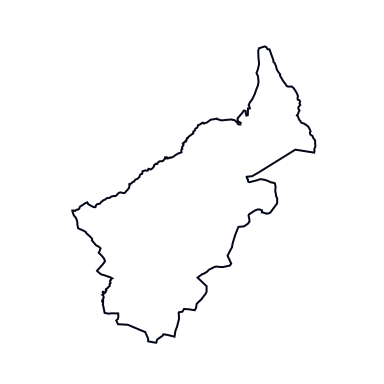 Sumaila, Kano, Nigeria (Mercator projection), rotated 188°
{"feature_id": "59680162B87731060313783", "entity_name": "Sumaila", "entity_type": "district", "adm_level": 2, "iso_a3": "NGA", "parent_name": "Nigeria", "parent_adm1": "Kano", "projection": "mercator", "projection_center": [8.898, 11.256], "detail": "fine", "context": "isolated", "style": "outline", "palette": "ink", "viewbox_px": 384, "rotation_deg": 188, "n_neighbors": 0, "source": "geoboundaries", "source_scale": "gbopen_adm2", "svg_char_len": 6000}
<svg xmlns="http://www.w3.org/2000/svg" viewBox="0 0 384 384"><g transform="rotate(188 192 192)"><path d="M261.7,60.1L257.4,59.9L255.2,60.6L248.2,61.5L247.6,58.5L247.6,56.1L249.1,54.2L246.9,50.8L245.3,50.9L237.1,51.6L222.9,47.8L218.8,46.8L214.9,40.4L214.9,39.5L214.6,38.0L207.7,37.7L206.4,37.8L206.0,41.0L200.9,45.8L200.8,46.9L200.4,47.1L197.0,47.1L189.2,46.3L189.1,52.2L188.1,56.3L187.2,64.6L188.4,70.8L188.3,71.0L184.8,72.2L183.6,75.1L178.8,75.4L172.8,75.3L171.8,78.0L171.9,79.8L171.7,82.1L167.8,87.0L164.2,93.5L163.7,95.2L164.4,100.7L174.6,108.0L170.8,111.8L169.3,112.6L167.8,113.6L165.9,115.3L164.2,117.6L161.7,119.2L159.5,120.8L157.5,121.6L154.7,121.6L151.1,121.9L144.3,124.4L143.2,126.6L147.9,133.8L146.3,138.7L145.2,141.6L144.7,143.0L144.7,145.5L144.4,148.2L143.2,155.6L141.2,163.9L135.7,165.2L132.2,168.4L131.5,169.7L131.0,170.4L131.2,171.1L131.3,172.8L132.7,176.4L132.5,177.7L130.8,179.3L129.8,180.0L129.1,180.8L128.3,181.4L126.6,182.8L125.5,183.3L124.7,183.8L123.2,184.1L122.5,184.1L121.2,183.7L120.3,183.7L120.0,182.3L120.0,181.6L118.5,181.6L117.0,181.2L116.7,181.2L116.0,181.0L115.5,180.9L115.4,181.1L114.5,181.1L113.1,181.5L111.5,182.6L106.1,192.6L106.8,197.7L107.9,199.2L108.6,201.0L108.7,202.1L109.5,203.6L109.9,207.0L109.9,208.5L110.4,210.2L111.2,212.2L113.1,212.5L115.5,212.6L117.5,213.3L121.1,214.1L124.8,214.3L127.0,213.9L129.3,212.6L136.3,209.8L137.4,209.9L138.1,210.6L138.3,212.2L139.4,213.1L139.8,214.0L139.9,214.7L134.7,216.0L128.5,220.8L95.6,248.3L76.5,248.0L76.4,249.7L76.9,251.1L76.4,253.1L76.2,254.9L76.8,257.1L77.0,258.7L77.4,260.4L79.3,262.2L80.5,264.3L82.6,265.2L83.3,266.2L83.5,267.4L83.0,268.5L84.3,270.7L86.0,272.9L87.9,274.1L90.5,275.3L93.5,275.9L94.7,277.5L95.9,278.5L96.8,280.0L97.6,281.7L98.8,282.4L97.9,284.0L97.4,286.6L96.9,287.7L98.3,289.3L98.4,290.8L96.9,293.3L97.9,294.6L97.6,295.6L97.6,296.9L98.7,298.0L99.8,298.0L100.4,298.6L100.5,300.0L100.4,301.6L101.1,303.0L102.5,305.2L105.7,308.9L107.8,310.3L110.2,309.9L111.7,309.8L112.9,310.1L114.7,312.2L116.9,314.3L121.0,319.4L121.0,320.7L123.0,322.6L125.1,325.2L126.4,328.4L128.1,331.2L129.5,332.2L129.8,334.0L131.6,337.3L135.1,344.0L137.1,343.9L138.3,345.6L140.2,346.3L145.6,343.7L146.1,341.1L145.4,337.2L144.8,333.6L144.6,333.2L143.4,328.2L143.8,322.7L144.7,318.7L142.8,315.9L141.4,310.2L141.6,306.5L142.6,302.4L143.5,297.7L145.5,291.5L147.1,288.9L148.0,286.0L147.1,284.7L146.4,282.8L148.2,282.5L147.7,278.7L147.5,276.1L147.5,275.7L148.8,275.3L149.9,278.0L150.2,279.7L151.3,279.9L152.1,279.8L153.1,277.5L157.1,271.3L156.6,268.8L155.6,268.1L153.4,267.3L153.5,265.6L155.1,265.4L156.0,265.8L156.3,266.1L156.8,266.9L157.7,267.8L158.5,268.0L159.1,268.5L159.4,268.9L160.0,269.1L160.8,269.1L161.7,269.0L162.6,269.4L168.4,268.1L172.6,267.0L177.5,267.7L177.6,268.1L183.7,266.1L185.5,264.2L187.3,262.6L188.7,262.1L189.6,261.5L190.2,261.4L190.5,261.6L190.7,262.1L191.3,262.1L192.0,261.6L192.6,260.8L193.0,260.4L194.2,259.5L195.3,259.1L195.4,258.0L195.6,257.0L196.0,256.3L197.0,255.6L197.7,254.6L197.7,253.5L198.4,252.4L199.0,252.2L199.2,251.1L198.9,250.3L199.5,249.5L200.8,248.7L201.1,248.2L201.3,248.1L201.7,247.6L202.3,246.9L203.1,246.3L203.3,245.4L203.5,245.0L203.7,244.9L204.0,244.9L204.3,244.8L204.3,244.2L204.7,243.3L204.6,242.8L204.7,242.5L205.2,242.3L205.5,241.8L205.5,241.7L205.2,241.5L205.4,241.3L205.4,241.0L205.5,241.0L205.8,240.9L206.0,240.8L207.8,238.9L207.7,238.8L207.4,238.8L207.0,238.5L207.0,238.3L207.1,238.1L207.4,237.8L207.1,237.3L207.1,236.9L207.1,236.7L207.3,236.5L207.7,235.9L208.2,234.6L208.0,234.1L207.7,233.8L207.6,233.4L208.1,233.0L208.4,232.4L208.4,231.6L207.9,229.9L209.2,229.2L210.0,228.6L210.7,228.5L213.9,225.9L215.1,224.5L216.6,223.7L217.6,222.9L218.3,223.2L219.0,223.0L219.7,222.2L220.5,221.9L221.6,221.7L221.8,222.1L221.6,222.7L222.4,222.9L223.1,222.8L223.5,222.6L223.5,222.0L223.3,221.8L223.3,221.3L223.7,221.0L224.1,220.2L224.5,219.6L225.0,218.8L225.8,218.3L226.7,218.3L227.6,218.0L228.5,217.8L230.2,216.1L230.2,215.1L230.5,214.9L231.1,214.7L231.9,214.8L233.4,213.1L233.2,212.3L233.6,211.3L234.1,210.5L235.4,209.0L236.4,208.5L237.1,208.6L237.5,208.9L238.1,209.0L238.4,208.8L238.7,207.4L238.9,207.0L239.7,206.8L241.1,207.0L243.0,206.0L243.9,205.7L243.8,204.8L243.9,203.0L244.3,202.8L244.9,202.8L245.9,201.6L246.1,199.6L247.2,198.4L247.7,197.5L248.6,197.1L249.8,196.4L250.4,195.3L250.7,194.3L251.7,194.0L252.6,193.1L253.1,192.1L254.2,191.6L255.2,191.0L254.6,190.1L255.0,188.9L254.8,187.4L256.1,185.3L258.6,181.6L259.6,181.4L261.1,181.5L262.5,181.7L263.9,181.2L265.1,180.1L265.9,178.7L267.2,177.3L268.6,177.2L270.2,176.7L271.4,176.1L272.5,174.9L275.7,173.9L277.1,172.3L278.6,171.6L279.2,170.7L280.4,169.7L281.7,167.5L283.9,166.9L284.9,166.0L285.4,164.8L285.4,163.8L286.3,163.3L288.0,163.6L289.6,164.1L291.5,164.9L293.1,165.5L293.7,166.5L294.3,167.2L296.7,165.6L298.8,163.6L300.5,162.3L301.1,161.4L301.3,160.0L301.9,159.0L303.3,158.6L304.6,157.8L304.9,157.1L306.0,157.0L307.1,157.2L307.5,156.5L307.8,156.6L307.6,155.8L305.8,152.5L303.1,149.9L301.6,146.9L300.9,143.5L299.7,140.2L294.4,138.7L291.6,137.6L290.8,136.4L286.3,133.4L284.3,131.6L284.4,130.2L279.6,125.9L276.6,124.8L274.7,123.5L275.3,120.7L275.9,118.8L272.8,116.6L269.9,113.9L268.5,111.5L270.0,108.4L275.1,100.8L274.2,100.0L270.6,97.8L267.5,97.4L260.8,96.1L259.1,95.4L259.4,95.2L259.9,95.0L260.1,94.6L260.1,94.4L259.8,94.0L259.8,93.8L260.3,93.4L260.7,92.8L260.8,92.1L260.5,91.6L260.2,91.2L260.0,90.8L260.0,90.4L260.2,90.1L260.4,90.0L260.8,89.5L260.8,89.2L260.6,88.9L260.4,87.5L260.8,87.0L261.2,86.7L261.7,86.1L262.1,85.2L263.5,84.1L263.8,83.5L263.8,83.1L263.4,82.9L263.1,82.7L263.2,82.2L263.5,81.8L263.5,81.3L263.7,80.7L264.0,80.3L264.8,80.5L265.4,80.5L265.9,80.8L266.2,80.9L266.4,80.8L266.5,80.6L266.5,80.3L266.2,79.9L265.5,79.3L265.7,78.5L266.0,78.2L265.9,78.2L266.2,77.9L266.2,77.5L265.6,77.1L264.9,75.8L264.8,74.8L264.9,74.1L265.4,73.6L265.5,72.9L265.1,72.5L264.9,71.8L265.8,71.8L265.8,71.3L265.1,70.3L264.8,70.1L264.5,69.3L264.6,68.3L264.4,67.5L264.0,66.8L261.7,60.1Z" fill="none" stroke="#020617" stroke-width="2"/></g></svg>